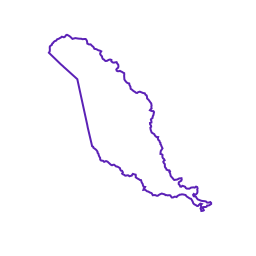 outline of Capitão Enéas, Minas Gerais, Brazil, rotated 131°
{"feature_id": "56859067B59959312569649", "entity_name": "Capitão Enéas", "entity_type": "district", "adm_level": 2, "iso_a3": "BRA", "parent_name": "Brazil", "parent_adm1": "Minas Gerais", "projection": "natural_earth1", "projection_center": [-43.667, -16.099], "detail": "fine", "context": "isolated", "style": "outline", "palette": "violet", "viewbox_px": 256, "rotation_deg": 131, "n_neighbors": 0, "source": "geoboundaries", "source_scale": "gbopen_adm2", "svg_char_len": 4623}
<svg xmlns="http://www.w3.org/2000/svg" viewBox="0 0 256 256"><g transform="rotate(131 128 128)"><path d="M140.4,16.8L139.8,17.8L139.4,19.4L138.4,19.4L137.5,18.5L136.6,17.5L135.8,17.1L134.6,17.4L133.9,16.6L133.0,16.0L132.0,15.7L130.8,15.4L130.0,16.1L129.9,17.3L131.3,18.1L132.4,19.4L132.3,20.9L132.8,21.9L133.5,22.9L134.2,23.9L134.8,24.9L135.3,26.2L135.7,27.4L136.1,28.4L135.9,29.9L135.3,31.6L135.7,32.5L136.4,33.6L135.8,35.0L134.6,35.1L134.4,33.7L133.2,33.1L131.8,33.1L130.9,33.5L129.8,34.4L129.0,35.4L128.0,35.8L127.2,37.0L127.6,38.2L129.2,38.5L129.8,39.6L130.6,40.4L131.6,41.3L132.7,41.6L133.7,42.0L134.4,43.0L135.1,43.7L135.4,44.9L134.9,46.3L135.3,47.6L136.0,49.1L137.3,49.2L137.9,50.1L137.2,51.6L137.1,52.9L136.1,53.8L135.0,54.0L134.1,53.6L132.8,53.2L131.6,53.7L130.8,54.7L131.7,55.5L132.5,56.3L133.7,56.7L134.7,57.1L135.8,58.1L136.9,59.0L136.8,60.3L136.5,61.8L136.4,63.0L136.1,64.5L135.3,65.5L134.5,66.6L134.1,67.9L133.2,67.8L132.8,69.0L133.7,70.2L134.2,71.6L133.5,72.6L133.4,74.0L132.9,74.9L132.1,75.6L131.1,76.5L130.9,78.0L130.4,79.2L129.2,79.4L128.3,79.2L127.8,80.6L127.9,81.7L127.5,82.7L126.8,83.5L125.7,84.2L125.7,85.4L126.3,86.5L125.2,87.3L123.8,88.2L122.2,88.4L120.7,88.6L120.2,89.8L119.8,90.8L119.1,91.9L118.9,93.1L118.0,93.6L117.8,94.8L117.0,96.0L117.1,97.3L116.4,98.6L115.1,99.3L116.1,100.6L116.1,101.8L116.0,102.8L115.4,104.1L115.7,105.8L115.9,107.2L115.3,108.2L114.8,109.2L114.0,110.3L113.0,111.4L111.9,111.3L111.1,112.2L110.7,113.8L109.8,114.7L108.5,113.9L107.5,114.8L106.7,116.2L105.7,116.4L104.6,116.0L103.7,116.5L102.6,117.1L101.5,117.3L100.4,118.0L98.9,118.8L98.6,119.9L99.4,120.8L99.9,122.0L100.2,123.1L99.1,123.2L97.8,123.0L96.7,124.3L95.7,124.8L95.0,125.7L94.2,126.6L93.9,128.2L93.5,129.7L93.2,131.2L93.2,132.9L92.2,133.9L91.2,135.3L91.4,136.7L90.8,138.1L91.7,139.6L92.3,141.4L92.8,142.9L93.6,143.4L94.5,143.9L95.6,144.1L96.2,145.2L96.2,146.7L96.5,148.0L96.5,149.1L96.5,150.4L96.7,151.6L96.1,152.4L95.2,153.3L94.6,155.1L93.6,156.3L94.2,157.4L94.5,158.8L94.3,160.3L94.0,161.7L93.7,162.6L92.8,163.5L91.9,164.4L91.1,165.2L90.2,165.8L89.1,166.9L89.5,168.3L89.6,169.4L89.9,170.3L90.2,171.6L91.1,172.1L91.9,173.0L92.2,174.1L91.5,175.2L90.4,175.3L88.9,175.0L87.7,175.7L86.6,177.0L86.4,178.6L85.8,179.8L86.7,180.6L88.0,181.6L88.6,182.7L88.6,184.3L87.5,185.2L88.1,186.5L89.3,187.3L91.1,187.9L92.1,188.8L92.3,189.8L92.1,190.9L92.4,192.3L91.8,193.7L91.0,194.6L90.9,195.9L90.6,197.2L89.9,198.0L89.0,198.3L87.7,198.5L88.1,200.1L88.8,201.3L89.0,202.3L89.2,203.3L89.6,204.2L90.3,205.3L89.9,206.3L89.5,207.4L89.6,208.7L89.5,210.1L89.4,211.1L90.5,212.2L91.0,214.1L90.1,215.0L89.0,216.5L88.6,218.3L89.5,219.4L90.2,220.0L90.9,220.7L91.3,221.8L92.2,222.9L92.8,223.7L93.4,224.6L94.0,225.6L94.7,226.7L96.0,227.6L97.2,228.4L97.1,229.8L97.0,231.3L97.1,232.6L97.3,233.7L97.7,235.2L98.9,235.7L100.2,235.4L101.6,235.9L102.0,236.9L102.6,237.9L103.8,238.0L104.7,238.4L106.1,238.8L107.6,239.7L109.1,239.5L110.6,240.3L112.0,240.5L113.1,240.3L114.0,240.6L115.2,240.0L116.2,240.3L117.7,240.5L118.8,239.7L119.9,238.6L120.9,237.8L121.7,237.3L123.1,237.1L124.0,220.5L124.0,217.6L124.1,216.4L124.1,214.4L124.4,198.3L136.2,182.5L152.3,160.9L153.9,158.9L165.3,143.1L165.0,142.0L165.6,141.2L165.5,140.0L165.4,139.0L165.4,137.5L165.8,135.6L166.7,134.7L166.8,133.5L167.7,132.3L168.4,130.9L168.8,129.5L170.1,128.2L170.2,126.9L169.6,126.1L169.1,125.2L169.2,123.8L167.4,122.9L166.8,121.3L166.9,119.9L166.9,118.7L167.0,117.1L166.6,115.6L165.7,115.2L164.9,114.5L164.8,113.1L164.8,111.6L164.1,110.7L163.8,109.2L163.6,107.6L164.4,106.7L164.8,105.5L164.2,104.4L164.8,102.8L166.3,102.5L166.2,101.2L165.8,100.0L165.8,98.8L164.9,98.0L164.2,97.5L163.5,96.6L163.5,95.3L162.5,94.6L161.4,93.9L160.5,94.2L159.4,94.2L158.9,92.9L158.2,91.6L159.1,90.6L160.1,89.9L160.1,88.8L159.8,87.3L159.5,85.9L159.4,84.8L158.8,84.0L159.3,83.2L159.9,82.3L160.3,81.3L160.6,80.2L161.4,79.2L162.1,77.7L161.3,76.4L162.5,76.1L163.8,76.2L164.6,75.8L163.5,74.9L163.3,73.6L163.3,72.2L162.6,70.8L162.4,69.3L162.0,68.4L161.7,67.4L162.1,66.2L162.5,65.2L161.6,64.4L160.7,63.3L160.4,62.1L159.6,61.1L158.2,60.8L156.9,60.3L155.3,59.5L154.6,57.9L154.0,56.8L154.1,55.7L153.4,55.0L152.8,53.8L151.7,52.9L151.1,51.8L151.5,50.5L151.7,49.4L150.8,48.4L149.3,47.8L148.7,47.0L148.2,46.0L146.8,46.1L145.7,45.6L144.5,45.3L143.6,44.4L142.8,43.9L142.1,43.0L141.4,41.7L140.8,40.6L141.1,39.4L141.1,38.1L140.9,37.1L140.7,35.3L140.1,34.0L140.5,32.6L141.1,30.9L142.0,29.3L142.1,27.9L141.7,26.3L141.5,24.6L140.6,23.9L139.6,24.1L138.6,23.9L137.6,23.8L137.0,22.5L138.4,22.6L139.3,21.2L140.2,20.8L141.2,20.4L141.7,19.3L142.5,18.2L141.4,17.2L140.4,16.8Z" fill="none" stroke="#5b21b6" stroke-width="2"/></g></svg>